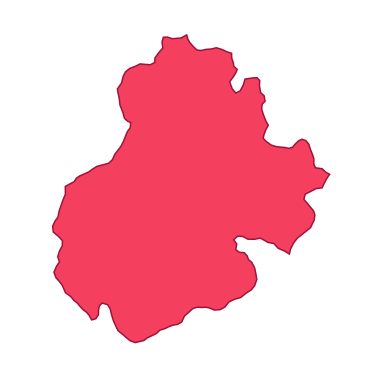 Virgínia, Minas Gerais, Brazil, rotated 186°
{"feature_id": "56859067B30740521650028", "entity_name": "Virgínia", "entity_type": "district", "adm_level": 2, "iso_a3": "BRA", "parent_name": "Brazil", "parent_adm1": "Minas Gerais", "projection": "orthographic", "projection_center": [-45.117, -22.346], "detail": "fine", "context": "isolated", "style": "filled", "palette": "rose", "viewbox_px": 384, "rotation_deg": 186, "n_neighbors": 0, "source": "geoboundaries", "source_scale": "gbopen_adm2", "svg_char_len": 2675}
<svg xmlns="http://www.w3.org/2000/svg" viewBox="0 0 384 384"><g transform="rotate(186 192 192)"><path d="M123.1,266.4L126.0,270.3L127.8,273.9L129.6,277.5L131.4,281.7L131.4,286.7L128.8,289.9L130.3,295.2L134.1,298.0L136.0,304.5L136.3,309.9L139.3,312.5L143.8,311.7L151.0,309.9L152.3,303.4L154.7,297.6L158.8,295.0L162.8,298.9L166.1,305.5L163.2,310.4L161.0,314.8L159.8,318.7L163.4,321.2L164.6,325.2L166.5,329.4L167.1,334.1L171.9,335.1L177.6,337.0L182.9,338.0L187.9,336.2L193.0,335.3L197.2,333.8L201.7,333.6L206.2,337.0L209.9,340.5L212.1,343.7L213.7,347.7L219.0,344.0L227.7,342.4L232.6,343.5L236.7,342.9L237.5,338.1L236.1,332.1L239.7,327.0L242.9,321.3L242.5,317.0L246.8,314.2L252.7,314.0L257.0,314.0L261.3,311.2L266.7,308.5L270.7,304.6L272.5,299.9L273.5,292.9L277.0,286.7L275.8,282.4L274.1,277.3L272.7,270.9L269.1,264.0L266.8,258.1L263.6,255.8L260.2,254.5L260.2,249.4L262.5,245.5L264.0,240.4L265.5,235.1L267.4,230.1L269.9,226.0L272.7,221.4L274.5,215.9L278.0,211.8L284.4,209.4L289.3,207.5L293.5,204.2L296.4,201.5L300.8,198.8L305.3,196.3L308.5,193.6L310.2,190.0L313.4,187.9L318.6,184.3L317.7,176.6L319.6,170.2L320.7,165.3L322.1,159.5L322.7,153.1L325.1,148.9L327.0,143.6L325.8,137.7L320.4,134.1L315.8,130.1L315.4,124.7L317.6,119.6L318.8,113.6L316.5,108.7L319.0,104.0L320.9,97.8L318.4,92.6L315.2,89.7L311.3,85.7L307.3,78.6L301.5,75.2L298.1,71.8L294.3,69.4L291.7,66.8L287.8,63.4L284.2,61.3L281.5,58.7L278.5,54.3L274.4,55.9L272.2,60.2L272.6,64.8L272.2,69.0L269.8,72.2L264.1,71.1L261.1,67.0L259.0,61.1L256.8,55.9L254.2,51.4L251.1,46.4L246.5,43.4L242.2,40.4L238.0,37.6L232.7,36.3L228.0,38.0L224.3,39.3L220.9,42.5L216.5,45.1L212.6,47.6L209.4,51.3L204.5,53.4L200.5,55.9L196.5,57.8L192.5,58.8L188.6,61.7L186.6,67.7L182.7,72.0L179.2,76.0L174.8,78.0L170.6,78.1L166.9,78.8L163.0,78.6L157.2,76.9L151.5,78.0L147.0,81.3L143.8,86.5L138.6,89.7L132.5,92.2L127.4,97.2L122.7,101.0L119.9,105.4L118.4,111.8L120.1,117.9L121.8,123.1L125.2,128.3L128.8,130.7L130.5,134.3L133.7,137.1L138.5,137.0L142.5,139.2L142.0,144.9L145.5,148.8L142.2,152.7L136.8,153.1L131.5,150.9L124.5,151.6L119.3,153.3L115.2,151.6L111.2,149.8L105.1,149.3L100.4,145.0L93.7,142.9L88.7,140.5L87.9,146.0L85.4,152.4L82.2,157.3L77.6,161.8L73.9,165.5L70.4,168.9L69.1,172.6L67.6,176.6L67.4,182.0L69.2,186.0L72.7,189.4L75.5,192.2L79.9,196.3L79.2,201.6L74.2,204.9L68.8,208.4L63.1,209.7L61.3,214.7L59.5,219.3L57.0,224.0L61.1,225.7L64.9,228.7L71.7,229.0L73.8,232.5L74.3,237.9L76.1,241.9L78.7,246.8L80.9,251.9L84.3,255.1L88.1,256.0L91.3,254.1L94.1,250.8L96.8,247.0L100.2,245.5L104.8,246.0L109.1,245.9L112.9,245.9L118.2,247.0L123.6,250.1L126.9,253.0L126.3,257.0L125.1,261.5L123.1,266.4Z" fill="#f43f5e" stroke="#9f1239" stroke-width="1.5"/></g></svg>